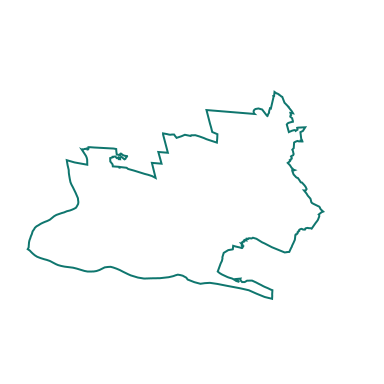 Sēlpils pag., Salas, Latvia (Equal Earth projection), rotated 206°
{"feature_id": "27541924B86071798141499", "entity_name": "Sēlpils pag.", "entity_type": "district", "adm_level": 2, "iso_a3": "LVA", "parent_name": "Latvia", "parent_adm1": "Salas", "projection": "equal_earth", "projection_center": [25.628, 56.531], "detail": "fine", "context": "isolated", "style": "outline", "palette": "teal", "viewbox_px": 384, "rotation_deg": 206, "n_neighbors": 0, "source": "geoboundaries", "source_scale": "gbopen_adm2", "svg_char_len": 5820}
<svg xmlns="http://www.w3.org/2000/svg" viewBox="0 0 384 384"><g transform="rotate(206 192 192)"><path d="M314.6,68.6L312.2,68.3L310.4,67.6L308.3,66.9L305.5,66.2L302.8,65.9L299.3,66.2L295.3,66.8L292.8,67.3L289.5,67.7L282.8,67.5L280.4,67.6L277.1,68.2L273.7,69.1L265.8,71.8L262.1,72.6L254.1,73.9L251.1,74.7L248.4,76.0L245.5,77.5L243.2,79.1L240.9,81.4L237.4,86.0L234.5,87.9L232.3,89.1L229.7,89.6L226.3,90.0L222.7,90.2L219.0,90.1L213.6,90.1L210.5,90.2L203.1,91.4L197.1,93.2L190.9,96.5L183.0,100.5L175.6,105.2L171.9,108.2L170.3,109.9L168.5,111.5L166.1,112.2L163.7,112.7L159.6,112.5L157.5,111.4L156.4,111.5L150.3,112.0L144.2,113.2L140.5,115.7L136.1,118.2L128.9,120.5L119.1,123.1L106.4,126.6L97.9,128.6L89.5,128.9L80.7,129.5L73.2,131.1L74.3,133.7L75.1,135.2L76.7,139.0L78.4,138.8L81.7,138.8L85.1,138.6L87.3,138.6L88.9,138.7L91.3,138.7L94.7,138.8L99.1,138.7L103.6,136.5L105.2,134.1L107.5,133.0L108.3,133.4L109.0,133.6L109.8,134.2L110.1,134.5L110.5,135.1L110.5,135.4L114.1,133.2L110.1,131.9L113.4,131.4L113.7,131.5L114.7,131.6L116.9,131.8L118.1,131.8L121.0,131.3L122.7,131.1L128.8,131.0L131.4,131.2L134.0,131.8L134.9,140.3L134.9,143.2L135.5,145.7L136.1,146.7L136.8,151.2L133.9,155.7L130.5,158.1L130.2,158.4L131.4,161.7L129.1,162.1L124.2,163.2L122.8,163.4L122.4,163.6L122.3,164.0L123.0,164.6L123.0,164.8L122.7,165.1L122.2,165.3L122.1,165.5L122.2,165.9L122.4,165.9L123.4,165.7L123.9,165.9L123.9,166.1L123.5,166.7L123.6,166.9L123.7,167.0L123.9,167.0L124.8,167.1L125.1,167.2L125.3,167.3L124.7,167.5L124.4,167.7L124.5,167.9L125.0,168.1L125.1,168.4L125.0,168.5L124.7,168.8L124.6,169.4L124.5,169.5L123.7,169.9L123.4,170.3L123.5,170.6L124.1,170.5L124.0,170.9L123.4,171.2L123.1,171.5L123.6,171.9L123.7,172.0L123.1,172.6L122.4,172.4L122.1,172.4L122.5,172.9L122.4,173.0L122.1,173.3L122.4,174.0L122.2,174.1L121.5,174.1L121.1,174.2L120.9,174.4L120.8,174.6L120.9,174.9L120.9,175.1L119.9,175.7L118.0,176.4L117.2,177.6L113.6,178.2L106.8,177.5L104.6,177.6L95.9,177.4L82.2,178.3L80.5,179.4L80.5,179.5L78.3,180.8L78.4,185.1L78.3,186.5L78.5,187.6L78.5,190.6L78.6,193.5L78.6,194.0L79.4,196.4L80.2,198.5L80.2,199.2L80.0,199.6L79.5,199.7L79.0,201.1L79.4,201.8L79.5,202.1L79.4,202.3L79.1,202.6L79.2,202.8L79.2,203.2L79.1,203.5L78.8,203.8L78.6,204.0L79.0,204.7L79.0,204.8L79.0,205.0L78.5,205.8L77.7,206.7L77.4,206.9L76.9,207.0L75.9,206.9L74.9,207.3L74.0,207.7L73.9,207.9L74.1,208.2L74.1,208.8L73.8,209.3L72.7,210.2L72.1,210.5L71.0,210.7L70.1,211.2L69.3,211.5L68.4,211.5L67.3,218.5L66.8,220.8L66.6,222.4L66.7,223.2L66.9,225.8L67.9,227.6L68.1,227.6L66.7,230.6L65.5,231.9L68.5,232.8L69.4,233.3L70.4,234.2L71.2,234.6L76.1,234.6L77.6,234.6L79.3,234.7L79.7,234.9L80.6,235.4L80.7,235.7L82.4,237.7L82.8,238.0L86.4,239.5L88.2,240.7L90.5,241.8L92.0,242.5L90.8,243.0L90.5,243.3L90.3,244.9L92.1,246.4L93.8,247.3L97.3,248.7L98.5,248.4L100.6,249.7L103.0,251.0L104.2,250.8L105.1,251.0L106.6,251.6L108.4,252.3L111.1,254.9L109.3,256.7L111.8,256.5L111.9,257.1L113.1,257.4L115.7,259.0L118.7,260.1L117.8,261.9L117.8,262.0L117.4,262.9L117.4,263.5L118.0,263.7L117.0,265.7L117.3,266.4L118.6,267.4L118.0,268.4L117.2,269.4L117.3,270.7L118.2,271.7L118.9,272.7L119.5,273.3L120.4,274.0L119.8,276.0L121.9,281.2L121.5,281.9L120.4,283.3L119.4,284.2L118.5,284.2L115.6,285.5L116.3,285.9L115.4,286.3L116.4,287.2L116.9,287.3L120.8,293.3L119.1,295.5L118.6,299.8L124.8,296.4L125.6,295.8L124.5,294.3L125.6,292.4L126.1,292.8L127.2,292.5L129.0,290.9L131.2,288.3L136.4,294.2L136.1,295.6L135.2,296.8L133.6,298.2L132.1,299.4L132.7,300.4L133.0,300.6L134.3,302.2L136.7,302.8L137.0,304.0L136.7,304.5L138.2,306.2L135.7,307.0L137.5,308.2L143.1,310.9L143.0,311.0L148.0,312.8L152.6,317.1L153.4,317.0L155.3,317.5L156.2,317.5L156.7,317.8L158.3,317.9L159.3,317.7L161.7,318.1L160.3,314.3L161.0,313.9L160.3,312.9L159.2,308.1L157.7,301.6L158.6,301.5L158.1,298.4L157.5,297.0L157.7,295.1L157.6,294.4L157.4,293.7L157.6,293.3L159.1,293.9L165.1,296.9L168.9,296.2L171.2,294.5L171.5,294.1L172.0,293.2L172.1,292.1L172.0,291.5L170.8,289.9L169.9,289.6L214.9,272.0L205.6,261.1L203.4,258.7L200.1,254.8L194.5,255.1L192.9,251.4L191.3,247.3L199.2,246.2L202.3,245.8L205.0,245.7L209.6,245.2L213.9,244.5L217.6,242.6L217.7,241.8L223.5,240.3L225.9,237.5L229.6,233.9L230.3,234.3L231.3,234.7L233.3,235.8L235.0,235.0L236.2,234.2L236.7,233.9L237.9,233.5L239.8,233.1L243.7,232.0L243.2,231.0L230.9,216.7L239.8,213.2L231.8,204.1L240.8,200.6L230.9,188.7L234.9,188.8L239.1,188.2L242.5,187.5L253.6,185.8L259.5,184.7L261.4,185.1L267.9,182.8L267.6,182.5L267.5,182.3L267.6,182.2L268.0,182.0L268.3,182.2L268.7,182.6L274.4,180.3L275.5,182.0L278.8,183.6L280.4,186.6L278.4,188.5L278.7,188.9L276.5,190.3L274.5,189.5L273.5,190.5L273.3,190.8L272.8,190.2L272.3,189.4L271.1,189.9L271.2,190.0L271.4,190.7L272.0,191.2L272.0,191.4L270.5,192.6L267.4,191.8L266.9,191.8L266.8,192.0L266.4,192.6L266.5,192.9L266.2,194.6L266.1,194.9L266.0,195.3L266.0,195.7L266.1,195.8L268.6,195.0L270.6,194.9L272.3,195.4L272.9,195.3L273.0,195.2L273.2,194.8L272.6,193.7L273.8,193.3L275.6,192.9L275.9,192.7L276.4,193.1L276.8,193.8L277.9,195.5L279.0,197.4L281.5,196.7L299.7,189.0L303.7,187.4L304.7,186.9L304.0,185.4L304.2,184.6L304.7,184.3L305.7,185.0L306.9,183.8L307.3,183.7L307.6,183.5L308.1,182.8L308.4,182.5L308.9,182.4L308.8,181.8L309.6,181.8L303.2,178.0L301.7,176.7L300.4,175.1L298.1,170.6L310.5,167.1L318.5,165.7L317.1,163.7L315.6,161.6L312.5,157.8L311.1,155.2L309.4,152.7L307.6,150.2L305.6,147.6L303.7,145.9L301.2,144.1L296.2,140.2L291.8,136.4L290.9,134.9L289.7,133.1L289.1,131.3L289.2,128.8L289.4,127.0L290.5,125.4L291.9,123.7L293.6,121.9L296.1,119.8L298.0,117.6L299.8,116.0L301.6,114.2L303.8,112.0L305.3,109.8L307.6,104.8L309.3,102.6L311.1,100.7L312.8,98.7L314.1,97.0L315.3,95.0L316.7,93.0L317.5,91.0L317.6,89.2L318.0,86.8L317.5,83.9L317.4,81.5L317.1,79.6L316.9,77.3L316.4,75.3L315.5,73.0L314.5,70.5L314.6,68.6Z" fill="none" stroke="#0f766e" stroke-width="2"/></g></svg>